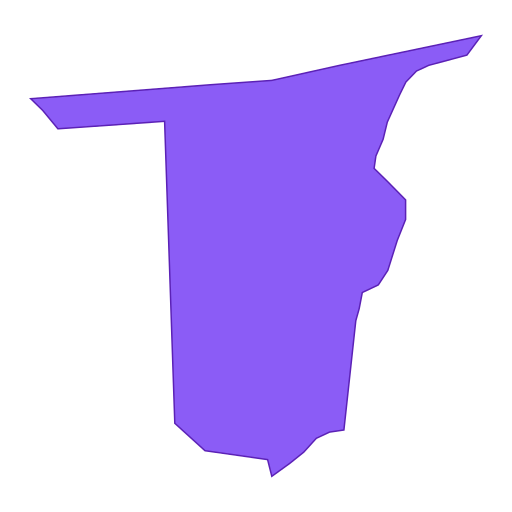 the district of Vista Serrana, Paraíba, Brazil
{"feature_id": "56859067B19938607115103", "entity_name": "Vista Serrana", "entity_type": "district", "adm_level": 2, "iso_a3": "BRA", "parent_name": "Brazil", "parent_adm1": "Paraíba", "projection": "natural_earth1", "projection_center": [-37.563, -6.761], "detail": "fine", "context": "isolated", "style": "filled", "palette": "violet", "viewbox_px": 512, "rotation_deg": 0, "n_neighbors": 0, "source": "geoboundaries", "source_scale": "gbopen_adm2", "svg_char_len": 551}
<svg xmlns="http://www.w3.org/2000/svg" viewBox="0 0 512 512"><path d="M271.8,476.3L290.1,463.1L303.8,452.1L316.3,438.3L329.5,432.1L343.9,430.0L355.8,320.7L359.2,308.6L362.3,292.5L378.3,284.9L387.8,270.4L397.3,240.3L405.6,219.5L405.6,199.9L387.3,181.3L374.1,168.4L375.9,156.0L383.1,139.3L387.3,122.1L399.8,94.4L405.9,82.0L416.5,71.0L428.8,65.3L466.9,55.1L481.3,35.7L339.8,65.3L271.8,80.4L211.0,84.7L30.7,98.7L42.6,110.3L57.9,128.8L164.6,121.3L174.8,423.3L205.0,450.7L267.6,459.6L271.8,476.3Z" fill="#8b5cf6" stroke="#5b21b6" stroke-width="1.5"/></svg>